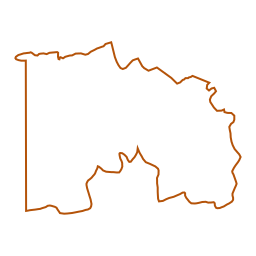 the district of Lukula, Bas-Congo, Democratic Republic of the Congo
{"feature_id": "63176286B65126745094635", "entity_name": "Lukula", "entity_type": "district", "adm_level": 2, "iso_a3": "COD", "parent_name": "Democratic Republic of the Congo", "parent_adm1": "Bas-Congo", "projection": "albers", "projection_center": [12.873, -5.386], "detail": "fine", "context": "isolated", "style": "outline", "palette": "amber", "viewbox_px": 256, "rotation_deg": 0, "n_neighbors": 0, "source": "geoboundaries", "source_scale": "gbopen_adm2", "svg_char_len": 3196}
<svg xmlns="http://www.w3.org/2000/svg" viewBox="0 0 256 256"><path d="M224.0,109.5L221.6,110.6L217.0,110.8L213.9,107.5L210.3,102.0L209.9,99.6L211.2,96.3L214.4,93.2L216.0,91.2L214.2,87.8L211.5,88.5L209.0,90.5L206.7,88.5L207.2,84.9L209.3,82.7L192.5,75.9L192.3,76.0L190.9,76.9L189.9,77.2L188.9,77.4L188.1,78.1L187.8,78.1L185.5,78.1L184.9,78.7L183.9,79.6L183.1,79.8L182.8,79.9L182.2,80.4L180.2,82.4L177.1,83.6L171.3,77.9L167.0,74.8L156.9,67.5L148.5,70.7L146.3,69.4L145.2,68.7L144.2,68.2L143.6,67.5L142.3,66.3L139.6,61.4L138.0,58.5L135.0,59.5L132.7,60.4L130.2,63.0L128.0,65.5L125.9,67.8L122.8,69.0L120.5,68.0L118.5,65.2L116.7,61.8L114.9,57.1L114.5,55.5L112.7,48.2L112.0,45.3L111.2,42.3L109.2,42.9L105.5,44.0L104.6,45.1L103.5,46.3L102.1,46.7L98.8,47.9L98.2,48.1L97.2,48.4L94.5,49.9L90.8,51.7L88.5,53.6L88.0,54.0L85.3,54.7L81.0,53.4L78.2,53.5L75.6,53.6L72.1,55.4L70.3,55.5L69.4,55.6L68.8,55.8L65.2,56.8L64.1,57.6L63.0,58.3L60.5,57.2L59.9,57.4L59.7,58.1L59.4,59.3L58.6,59.1L58.0,56.8L58.1,52.7L57.2,52.1L49.4,52.8L46.7,54.1L43.5,53.4L40.3,53.7L39.0,54.0L37.5,55.5L35.6,55.3L34.9,55.2L34.5,54.9L31.8,52.8L31.2,52.5L30.5,52.3L30.3,52.4L30.2,52.5L29.7,52.7L26.9,53.0L25.6,53.2L23.6,53.4L20.5,54.4L18.4,55.0L15.9,56.8L15.4,58.1L16.1,59.2L18.5,60.1L21.4,60.7L24.4,60.7L25.8,60.6L26.1,210.9L28.0,210.6L29.9,210.2L35.1,209.6L38.3,209.1L40.1,208.9L42.3,208.1L45.7,207.1L47.7,205.8L49.8,205.5L51.4,205.8L54.8,206.8L56.5,207.7L57.6,209.6L58.8,211.3L60.0,213.1L64.2,213.7L67.3,213.5L72.0,213.0L73.6,212.7L79.1,211.6L82.4,211.0L85.7,209.9L87.9,209.5L90.2,208.2L91.1,206.4L91.5,204.0L91.2,202.5L90.6,199.5L89.4,195.7L88.6,193.0L87.6,189.8L87.1,188.1L86.5,185.0L86.5,183.6L87.4,181.6L88.2,180.4L89.6,179.4L91.6,177.7L92.9,176.1L94.5,174.3L95.2,173.1L96.1,170.7L97.3,168.4L97.8,166.3L98.9,166.7L101.4,168.7L103.0,170.4L106.1,171.7L111.0,172.1L113.0,172.1L117.0,172.5L119.2,172.4L120.4,170.8L121.4,169.1L122.3,166.6L122.2,164.5L122.2,163.1L121.6,161.2L120.3,158.6L119.8,156.3L119.5,154.7L119.5,153.5L120.1,153.0L122.2,153.2L124.4,154.7L126.6,156.9L127.8,159.9L129.3,161.9L130.8,161.7L132.6,159.3L134.5,157.2L135.9,154.9L137.2,152.3L137.7,148.3L138.9,151.2L139.8,153.2L141.7,156.3L143.1,159.0L145.8,162.2L150.0,163.9L155.3,166.4L158.0,168.7L158.6,170.4L158.5,174.5L157.0,178.0L157.1,180.4L157.1,183.4L157.7,187.5L157.7,191.6L157.8,193.8L158.1,198.8L159.0,201.4L162.9,200.9L166.2,199.2L169.1,198.0L173.7,196.8L176.7,195.5L180.0,194.1L182.6,192.6L184.4,192.5L185.1,193.2L185.1,195.6L186.3,197.9L187.6,199.5L189.4,201.8L191.3,203.3L194.6,203.5L196.6,203.3L199.1,202.8L202.2,202.0L205.7,201.8L208.2,202.6L211.2,202.5L213.7,202.2L214.7,203.2L214.9,205.7L216.1,207.8L217.3,208.2L219.8,208.0L221.7,207.2L223.7,206.5L227.1,204.4L229.0,203.5L231.9,201.6L233.1,199.8L233.1,197.8L232.5,195.5L232.5,193.6L234.9,187.8L235.8,185.9L236.6,183.8L236.1,181.9L234.9,178.5L233.4,174.3L232.5,172.8L232.2,171.2L233.9,167.9L235.6,165.3L238.0,162.1L239.2,160.2L240.6,157.0L239.2,154.3L237.5,152.4L234.6,149.0L232.7,145.2L231.5,141.6L230.7,137.3L230.5,133.3L229.8,130.0L229.3,126.9L231.0,123.9L233.4,122.1L234.3,119.7L234.3,115.7L231.4,113.0L227.9,112.9L227.4,112.9L224.5,112.1L224.0,109.5Z" fill="none" stroke="#b45309" stroke-width="2"/></svg>